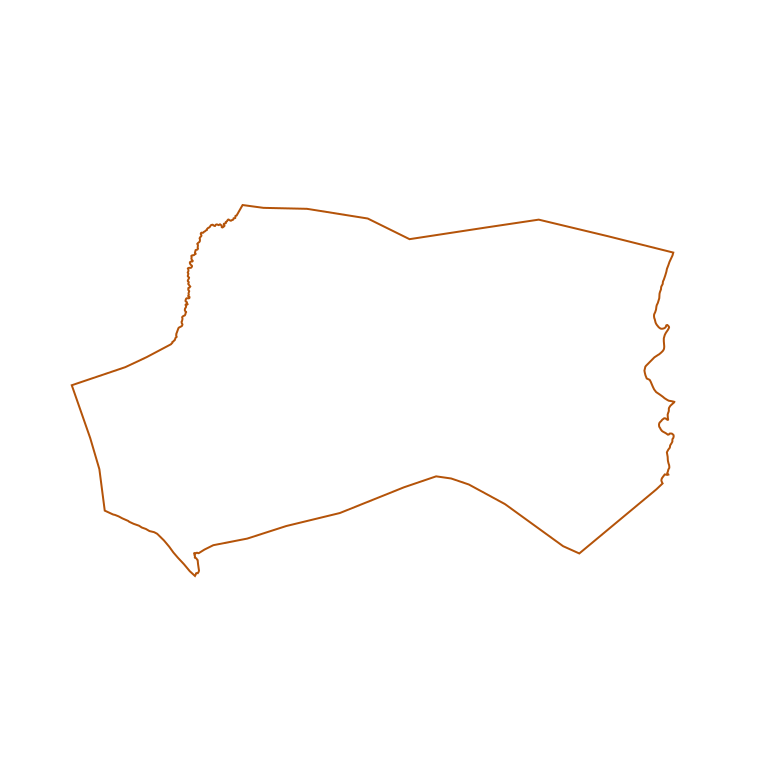 the district of Malchin, Uvs, Mongolia, rotated 260°
{"feature_id": "93677404B34318857177168", "entity_name": "Malchin", "entity_type": "district", "adm_level": 2, "iso_a3": "MNG", "parent_name": "Mongolia", "parent_adm1": "Uvs", "projection": "orthographic", "projection_center": [93.317, 49.713], "detail": "fine", "context": "isolated", "style": "outline", "palette": "amber", "viewbox_px": 768, "rotation_deg": 260, "n_neighbors": 0, "source": "geoboundaries", "source_scale": "gbopen_adm2", "svg_char_len": 6135}
<svg xmlns="http://www.w3.org/2000/svg" viewBox="0 0 768 768"><g transform="rotate(260 384 384)"><path d="M227.8,164.5L229.2,165.6L230.1,166.0L230.3,166.4L230.3,166.7L230.3,167.0L230.0,167.7L231.0,168.7L232.3,169.4L239.2,169.6L242.9,169.9L243.2,169.6L244.9,168.9L245.8,167.6L246.2,167.6L246.4,167.9L247.6,167.9L248.0,167.7L248.6,168.1L249.5,167.6L250.2,167.6L250.4,167.9L250.4,168.3L250.3,168.7L250.0,169.0L250.0,169.4L250.2,169.8L250.3,170.3L250.3,170.5L250.0,171.2L249.7,171.5L249.6,171.9L249.6,172.2L252.1,178.4L254.9,187.9L255.5,222.4L261.1,263.1L264.6,318.1L278.8,385.7L284.0,419.3L279.3,433.7L270.3,450.1L244.6,482.4L193.2,532.2L183.2,546.9L233.0,634.0L237.7,641.1L238.5,640.8L240.5,640.4L241.2,640.5L242.2,640.9L243.1,641.5L245.4,643.9L246.2,644.8L245.8,645.8L245.3,647.3L245.3,647.6L245.4,648.3L245.8,648.2L246.3,647.6L246.6,647.5L246.9,647.4L247.3,647.6L248.4,648.3L250.4,649.2L251.9,650.4L252.9,650.6L254.5,650.7L256.5,650.4L258.3,650.3L259.8,650.3L263.0,650.7L267.5,650.7L268.0,651.0L269.9,652.5L270.6,653.2L271.1,653.9L272.1,654.6L273.5,655.0L274.4,655.6L275.4,656.6L277.2,658.0L278.5,658.2L279.6,658.5L280.6,659.5L281.8,660.1L283.3,660.3L284.4,659.6L285.2,658.8L285.6,656.9L285.4,656.4L285.0,656.1L284.8,655.7L284.8,654.8L286.7,652.9L288.6,650.5L289.6,649.5L290.4,649.2L291.0,648.7L292.4,648.4L293.6,647.8L294.7,647.6L296.4,647.8L297.6,648.3L298.4,649.1L299.5,650.7L300.5,651.8L301.2,653.2L301.5,653.7L301.5,654.6L301.0,655.5L299.5,656.9L299.5,657.5L300.0,657.7L300.8,657.6L304.5,658.0L306.2,658.8L307.3,659.5L308.4,659.9L310.2,660.2L311.2,660.7L312.9,662.3L315.6,666.6L316.0,666.8L316.2,666.5L317.5,663.3L318.1,661.5L319.4,659.9L321.3,657.8L323.0,656.4L325.5,654.0L328.8,650.6L331.7,649.1L334.5,648.3L340.1,647.0L342.0,646.3L343.8,643.7L347.1,643.0L350.0,642.8L352.0,642.8L355.7,644.4L356.5,645.3L363.3,654.9L365.2,659.3L365.4,660.0L366.8,662.4L368.1,664.3L369.4,665.5L370.2,665.9L371.1,666.2L372.3,666.5L377.7,667.0L380.4,667.5L383.5,669.0L385.0,670.1L385.9,670.9L387.9,672.9L389.7,674.3L390.4,674.6L391.0,674.5L391.8,674.1L392.2,673.7L392.8,673.4L392.9,673.0L392.8,672.3L392.3,671.9L391.5,671.6L390.9,670.9L390.4,670.1L390.2,669.4L390.1,668.5L390.1,667.5L390.3,666.5L390.6,666.0L391.0,665.5L392.2,664.4L394.9,662.9L396.2,662.4L397.4,662.1L400.6,661.9L402.2,661.6L404.0,661.7L405.3,662.0L406.4,662.6L407.4,663.4L410.0,664.8L412.9,665.7L414.3,666.3L416.2,667.7L420.7,670.0L425.0,671.0L426.4,671.6L429.3,673.3L430.4,673.5L431.8,674.0L433.9,675.7L434.3,675.9L435.9,676.3L436.8,676.7L438.0,677.6L441.8,679.7L445.6,681.6L448.2,682.6L451.5,684.6L454.6,686.3L460.6,690.5L463.2,691.7L490.6,630.3L519.0,564.9L520.4,511.9L522.2,434.3L549.8,396.7L569.9,338.5L578.4,295.9L584.8,275.8L575.5,268.1L575.4,267.0L575.0,266.8L573.3,266.3L573.2,265.8L573.3,264.7L572.2,264.1L571.9,263.6L571.8,262.6L571.5,262.1L571.4,261.5L571.9,260.8L572.0,260.4L572.4,260.0L572.9,259.6L573.0,259.2L572.9,258.9L572.3,258.2L571.5,257.6L571.0,256.4L570.4,256.4L570.1,256.3L569.9,256.1L569.8,255.2L569.7,254.6L569.6,254.2L569.3,254.0L569.0,253.9L568.5,254.0L568.3,254.3L567.8,254.4L567.4,254.3L567.1,253.9L566.7,253.3L566.2,252.2L566.3,251.8L566.6,251.5L566.9,251.4L567.9,251.7L568.2,251.6L569.0,250.9L569.7,250.3L569.7,250.0L569.2,249.0L569.2,248.7L570.1,247.3L570.2,246.8L570.1,246.3L570.0,245.9L569.0,245.1L569.0,244.8L569.8,243.5L570.3,243.3L570.6,242.9L570.6,242.4L570.6,241.6L570.3,241.0L569.6,240.3L568.9,239.7L568.3,238.5L568.3,238.1L567.8,237.2L567.4,236.7L566.4,236.3L566.3,235.9L566.2,235.3L565.5,234.3L565.1,233.1L564.8,232.6L564.5,232.4L564.4,232.1L564.4,231.6L564.5,231.1L564.7,230.7L564.6,230.3L564.4,230.0L564.1,229.8L563.7,229.6L563.0,229.7L562.4,230.0L562.0,230.0L561.5,229.8L561.1,229.4L560.8,229.0L560.4,228.3L559.5,227.7L558.9,227.9L557.1,227.6L556.6,227.4L555.9,226.8L555.2,225.4L554.5,224.5L554.2,224.5L553.8,224.6L553.3,224.9L552.7,224.8L550.7,224.2L549.6,224.3L549.3,224.1L548.8,223.6L548.7,222.2L548.5,221.7L547.2,221.1L546.1,220.6L545.7,220.6L545.3,221.0L544.9,221.1L544.7,220.8L544.5,220.1L544.0,219.3L543.9,218.9L544.0,217.7L543.9,217.1L543.5,216.5L543.1,216.5L542.6,216.6L542.1,216.5L541.1,216.1L540.3,216.2L539.2,216.5L538.9,216.8L538.5,217.0L538.2,216.9L538.0,216.6L537.9,216.3L538.0,215.8L538.1,215.1L537.6,214.0L537.2,213.9L536.8,213.8L535.9,214.0L535.0,214.4L534.1,215.2L533.6,215.4L533.1,215.3L532.5,214.8L532.2,214.5L532.0,214.1L532.0,213.4L532.3,212.2L532.1,211.2L531.8,210.9L530.8,211.2L529.6,211.1L528.8,210.8L528.0,210.1L527.6,210.1L526.8,210.5L526.3,210.4L524.4,209.5L523.9,209.6L522.7,210.5L521.9,210.2L520.2,208.9L519.8,208.7L519.3,208.7L518.3,209.4L517.8,209.3L517.4,209.1L516.9,208.7L516.5,208.6L513.6,210.1L512.8,209.2L512.6,208.2L512.3,207.9L511.8,208.0L510.8,207.6L510.4,207.7L509.3,208.3L509.0,208.2L507.6,207.4L506.9,207.2L506.4,207.2L506.1,207.3L505.7,207.2L504.8,206.5L504.5,206.5L504.2,206.8L504.0,207.1L503.6,207.5L503.1,207.5L502.7,207.4L502.4,207.1L502.3,206.7L502.3,206.3L502.6,205.2L502.7,204.7L502.6,204.3L502.0,203.7L501.0,203.2L500.5,203.0L499.9,203.0L499.6,203.2L499.2,203.8L498.8,204.0L498.4,204.1L497.7,203.8L497.3,203.9L496.7,204.4L496.5,204.2L496.4,204.0L496.4,203.7L496.8,203.0L496.8,202.7L496.6,202.4L496.3,202.3L495.3,202.6L495.0,202.6L494.6,202.5L494.2,202.4L492.7,201.1L491.5,200.7L490.9,200.7L490.2,201.0L489.6,201.3L489.4,201.6L489.1,201.6L488.6,201.0L488.1,200.9L487.6,200.7L487.0,200.4L486.2,199.8L485.7,198.0L485.5,197.6L485.2,197.2L484.8,196.8L483.7,196.9L483.0,196.8L481.0,196.0L480.5,195.5L480.1,195.4L479.2,195.4L478.0,195.8L477.4,195.8L476.6,195.3L476.1,194.8L475.1,191.7L474.6,191.2L470.6,188.9L469.5,188.2L468.8,188.1L468.3,187.8L467.6,187.8L466.5,188.0L466.3,187.9L465.9,186.9L463.5,185.5L463.3,184.9L462.5,184.0L462.2,183.0L462.1,182.9L461.5,182.8L461.3,182.7L460.7,181.7L460.3,181.4L460.1,181.0L459.9,180.4L451.7,155.0L445.5,132.1L437.0,76.3L381.7,85.3L349.5,88.9L307.8,87.0L302.5,94.6L301.8,96.3L299.7,99.7L297.1,103.0L293.5,108.4L292.6,109.1L289.8,113.1L287.0,118.1L284.7,120.6L282.6,124.3L279.9,127.5L278.0,131.9L275.9,134.6L268.2,140.1L261.1,144.2L254.7,147.3L248.8,150.8L241.1,155.8L233.4,160.2L227.8,164.5Z" fill="none" stroke="#b45309" stroke-width="2"/></g></svg>